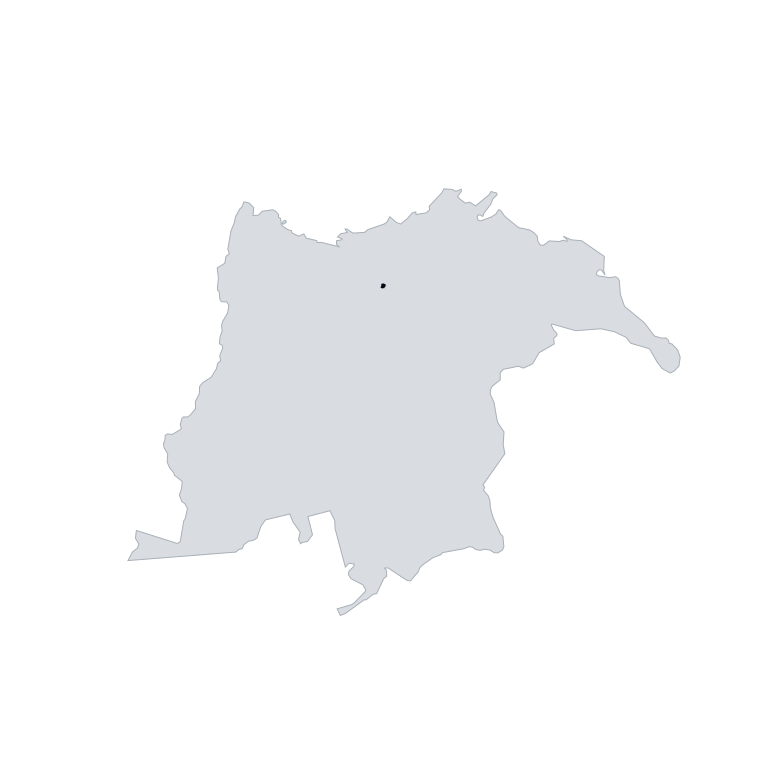 Dosquebradas, Risaralda, Colombia (highlighted), rotated 75°
{"feature_id": "7082276B1259376417396", "entity_name": "Dosquebradas", "entity_type": "district", "adm_level": 2, "iso_a3": "COL", "parent_name": "Colombia", "parent_adm1": "Risaralda", "projection": "mercator", "projection_center": [-75.67, 4.841], "detail": "fine", "context": "in_parent", "style": "filled", "palette": "ink", "viewbox_px": 768, "rotation_deg": 75, "n_neighbors": 0, "source": "geoboundaries", "source_scale": "gbopen_adm2", "svg_char_len": 4534}
<svg xmlns="http://www.w3.org/2000/svg" viewBox="0 0 768 768"><g transform="rotate(75 384 384)"><path d="M441.0,111.4L433.4,114.5L418.7,118.4L408.5,135.1L401.6,138.1L393.1,148.0L386.8,160.2L382.1,185.1L369.5,206.2L370.5,207.2L375.5,206.2L380.2,203.9L382.0,204.6L383.7,208.3L389.4,209.2L394.0,226.3L402.7,234.9L403.6,238.3L404.7,245.3L401.6,249.6L400.7,265.2L403.4,269.0L410.0,270.6L414.3,280.3L417.0,282.5L421.0,284.0L430.5,282.5L447.7,284.1L451.7,283.9L461.3,280.5L473.6,284.6L482.6,285.3L507.1,314.5L509.6,313.6L512.7,315.3L518.9,312.3L524.2,311.9L531.2,313.3L540.5,313.3L559.1,310.3L561.9,308.6L572.1,310.3L575.1,312.5L576.6,317.9L575.4,321.3L571.8,324.7L569.8,329.0L569.5,334.3L567.6,338.2L564.4,340.8L563.1,344.4L563.8,349.3L562.0,371.2L563.5,373.0L564.5,382.0L568.8,393.7L570.9,397.1L574.5,399.8L581.0,409.4L579.6,412.7L562.7,427.7L561.9,431.2L565.1,429.8L570.3,431.2L572.1,434.8L584.5,445.3L584.4,449.3L587.9,457.2L587.3,459.0L595.9,481.4L596.2,486.1L589.0,487.4L588.8,472.4L587.7,469.3L579.6,455.9L577.9,454.9L572.5,456.4L563.4,466.3L559.2,467.7L555.8,466.4L552.4,460.5L550.2,459.4L548.0,464.3L550.8,468.7L510.9,468.7L503.1,466.9L492.4,469.1L492.3,491.8L511.1,492.1L516.3,498.6L515.9,503.9L516.7,505.8L512.1,506.9L505.5,503.3L493.8,507.6L485.2,508.6L484.6,533.7L489.8,539.9L499.9,546.6L501.3,551.2L500.7,555.5L503.0,560.9L506.4,563.7L506.3,567.0L508.0,570.6L488.3,677.0L481.2,670.5L478.7,664.6L475.2,662.2L468.6,664.0L461.4,661.1L484.5,625.0L483.7,621.7L464.5,612.9L462.4,610.7L453.3,606.0L448.2,607.3L445.3,609.7L438.3,610.4L432.6,606.6L425.9,604.1L417.8,610.1L415.3,610.1L409.6,612.7L403.4,613.7L395.4,611.0L388.9,612.9L384.3,612.5L382.6,610.6L376.9,608.5L376.2,606.0L377.9,601.6L375.4,592.8L374.5,591.3L370.1,591.2L364.9,588.0L363.9,586.1L365.0,582.5L364.1,579.5L359.1,572.5L352.1,570.7L345.4,564.8L338.7,562.8L335.7,558.6L332.7,549.1L325.8,541.8L320.9,539.3L319.3,535.8L314.3,535.4L307.6,530.6L304.6,530.3L302.5,532.6L296.2,530.2L290.8,526.6L285.3,525.7L281.7,523.6L275.1,516.8L268.0,513.5L263.9,514.7L262.5,519.7L260.2,520.6L252.0,519.3L250.6,520.4L248.5,520.2L238.5,516.4L228.7,515.1L226.2,506.6L219.9,503.6L218.0,499.6L213.5,500.0L196.7,492.3L189.7,487.0L183.8,484.0L177.6,478.0L176.5,475.6L171.8,472.1L174.1,467.6L179.9,464.2L187.4,466.9L188.4,461.6L185.6,457.0L186.9,446.5L188.9,444.1L193.0,442.0L195.6,442.8L197.2,441.1L203.4,441.9L205.3,441.1L210.0,436.9L212.0,433.6L214.1,433.9L219.1,428.2L218.3,422.6L223.0,421.3L228.0,412.0L230.1,411.8L231.2,407.4L239.8,392.0L236.7,393.8L233.3,392.7L233.8,387.5L232.8,386.9L230.0,390.9L227.6,386.9L228.2,380.3L224.3,381.5L224.5,380.0L230.2,375.0L232.5,363.7L230.7,359.6L229.5,342.6L228.5,339.3L223.9,335.1L231.2,330.2L233.8,326.5L230.5,319.0L226.1,312.6L226.0,308.8L228.6,309.2L229.6,298.6L227.2,294.6L224.1,294.5L214.4,278.8L211.0,275.6L213.6,268.1L216.5,264.7L215.9,259.0L217.8,259.3L222.0,264.5L223.7,263.7L230.3,258.8L230.5,254.2L235.7,249.4L228.3,233.3L225.8,230.8L228.8,225.7L230.5,225.9L233.4,231.0L238.0,234.3L244.8,243.2L247.7,245.2L245.6,247.2L245.2,249.4L246.1,250.6L250.0,250.8L251.5,248.3L250.5,237.5L248.9,232.0L245.3,228.2L246.4,226.5L253.4,223.9L267.8,213.5L272.7,203.7L276.5,200.1L280.8,197.8L286.0,198.4L290.1,197.2L291.3,194.0L288.6,187.3L291.7,177.9L291.6,173.2L293.6,170.4L292.9,169.3L287.7,172.6L293.1,166.0L296.8,156.0L317.8,138.2L331.5,142.5L335.8,142.3L330.1,144.5L329.3,147.0L331.3,149.7L333.3,150.5L335.1,148.8L339.7,138.4L340.3,132.7L342.3,130.7L345.3,130.0L358.6,132.5L371.3,131.6L392.0,116.8L407.6,110.4L411.4,104.3L412.5,99.7L415.3,98.0L418.3,98.0L420.0,95.4L427.2,91.5L434.9,91.0L443.0,94.5L446.7,100.6L447.4,104.8L441.0,111.4ZM203.6,440.0L202.7,440.8L200.9,439.4L200.2,437.6L201.4,436.3L202.8,436.8L203.6,440.0Z" fill="#d9dde1" stroke="#a8b0b8" stroke-width="1"/><path d="M289.8,361.2L290.0,361.2L290.3,361.0L290.3,360.9L290.3,360.7L290.3,360.8L290.4,360.7L290.5,360.5L290.4,360.4L290.5,360.4L290.6,360.2L290.4,360.0L290.4,359.9L290.4,359.7L290.5,359.4L290.4,359.4L290.3,359.2L290.2,359.2L290.1,358.9L290.0,358.7L289.9,358.6L289.9,358.4L289.9,358.2L289.7,358.2L289.4,358.0L289.2,358.0L288.9,358.1L288.7,358.2L288.4,358.1L288.4,357.9L288.3,358.0L288.2,358.0L288.0,358.3L287.9,358.3L287.8,358.5L287.7,358.5L287.7,358.4L287.5,358.6L287.5,358.8L287.5,359.1L287.4,359.3L287.4,359.5L287.4,359.8L287.3,360.0L287.5,360.2L287.8,360.2L288.0,360.2L288.3,360.2L288.3,360.3L288.5,360.3L288.7,360.5L288.8,360.5L289.0,360.6L289.1,360.8L289.3,360.9L289.5,360.9L289.5,361.0L289.8,361.1L289.8,361.2Z" fill="#0f172a" stroke="#020617" stroke-width="1.5"/></g></svg>